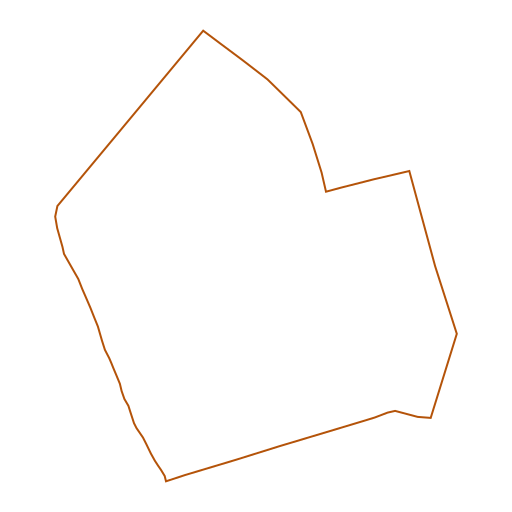 DuqqI, Al Jizah, Egypt (Mercator projection)
{"feature_id": "37247803B46347292779018", "entity_name": "DuqqI", "entity_type": "district", "adm_level": 2, "iso_a3": "EGY", "parent_name": "Egypt", "parent_adm1": "Al Jizah", "projection": "mercator", "projection_center": [31.205, 30.043], "detail": "fine", "context": "isolated", "style": "outline", "palette": "amber", "viewbox_px": 512, "rotation_deg": 0, "n_neighbors": 0, "source": "geoboundaries", "source_scale": "gbopen_adm2", "svg_char_len": 830}
<svg xmlns="http://www.w3.org/2000/svg" viewBox="0 0 512 512"><path d="M57.4,206.0L55.2,216.6L57.2,228.2L62.5,247.0L64.0,253.9L72.7,269.2L78.3,279.0L82.2,288.9L86.0,297.6L90.4,307.8L94.4,317.9L97.9,326.5L100.0,333.8L102.0,340.7L104.9,349.8L109.2,358.1L111.3,363.0L113.4,368.2L116.3,375.1L119.9,383.8L121.6,391.0L124.4,399.0L128.4,405.8L130.3,411.8L134.0,423.2L136.5,428.1L143.0,437.6L146.3,444.1L150.9,453.6L154.9,460.8L158.1,465.7L161.0,469.9L164.7,476.0L166.0,481.3L185.2,475.0L235.9,459.8L279.1,446.3L362.4,421.3L374.8,417.5L387.6,412.6L395.1,410.9L417.7,416.9L430.7,417.9L456.8,333.8L435.1,266.1L409.3,171.0L402.6,172.6L373.8,179.3L340.4,187.8L326.0,191.7L321.6,172.6L312.7,144.1L300.8,112.1L293.8,105.2L267.5,79.4L243.0,60.5L220.5,43.7L203.2,30.7L124.3,125.6L57.4,206.0Z" fill="none" stroke="#b45309" stroke-width="2"/></svg>